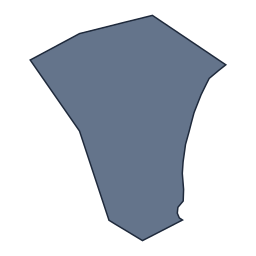 Derniere Riviere/Fond Maricient, Dennery, Saint Lucia (Mercator projection)
{"feature_id": "8701671B8871656007589", "entity_name": "Derniere Riviere/Fond Maricient", "entity_type": "district", "adm_level": 2, "iso_a3": "LCA", "parent_name": "Saint Lucia", "parent_adm1": "Dennery", "projection": "mercator", "projection_center": [-60.922, 13.951], "detail": "fine", "context": "isolated", "style": "filled", "palette": "slate", "viewbox_px": 256, "rotation_deg": 0, "n_neighbors": 0, "source": "geoboundaries", "source_scale": "gbopen_adm2", "svg_char_len": 501}
<svg xmlns="http://www.w3.org/2000/svg" viewBox="0 0 256 256"><path d="M225.8,64.8L152.4,15.4L124.5,22.3L79.5,33.6L30.2,60.0L79.5,131.0L99.0,190.0L109.0,220.3L115.5,224.3L142.5,240.6L145.2,239.2L182.5,220.0L181.6,219.4L179.3,217.9L177.3,213.2L177.9,207.3L183.2,201.0L183.6,189.4L182.3,173.4L183.1,161.8L184.9,149.0L185.5,144.5L189.0,131.9L191.2,123.3L194.0,112.8L194.8,110.7L201.1,94.7L206.5,83.7L209.2,78.4L213.0,75.2L218.6,70.5L225.8,64.8Z" fill="#64748b" stroke="#1e293b" stroke-width="1.5"/></svg>